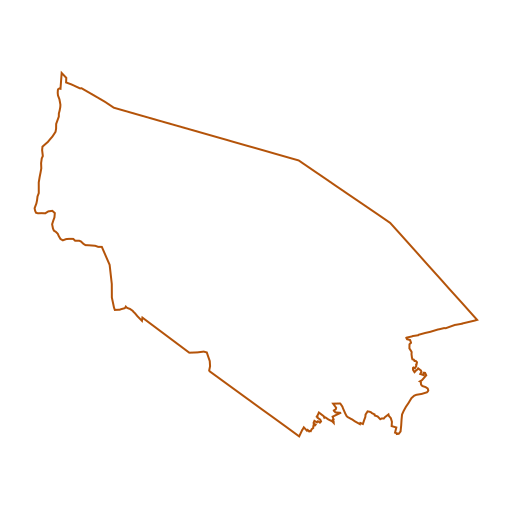 San Nicolás, Oaxaca, Mexico, rotated 91°
{"feature_id": "50627088B62304740302326", "entity_name": "San Nicolás", "entity_type": "district", "adm_level": 2, "iso_a3": "MEX", "parent_name": "Mexico", "parent_adm1": "Oaxaca", "projection": "mercator", "projection_center": [-96.736, 16.433], "detail": "fine", "context": "isolated", "style": "outline", "palette": "amber", "viewbox_px": 512, "rotation_deg": 91, "n_neighbors": 0, "source": "geoboundaries", "source_scale": "gbopen_adm2", "svg_char_len": 4102}
<svg xmlns="http://www.w3.org/2000/svg" viewBox="0 0 512 512"><g transform="rotate(91 256 256)"><path d="M76.4,453.5L92.2,454.4L91.9,455.5L92.8,456.8L93.7,457.0L96.4,457.1L98.9,456.8L102.7,455.3L105.1,454.8L108.2,454.2L110.6,454.3L114.1,454.9L116.9,455.6L120.1,455.6L124.2,457.0L127.4,458.1L132.2,458.1L135.3,458.6L137.4,459.9L140.2,461.7L142.8,463.9L145.6,466.1L148.1,468.9L150.4,471.4L153.8,471.7L158.2,471.1L159.8,470.9L162.1,471.9L166.9,472.5L172.1,472.2L176.4,472.9L180.8,473.7L186.2,474.5L191.4,474.4L196.9,474.3L200.3,475.5L204.2,475.9L207.3,476.5L210.4,477.6L212.1,478.2L214.7,477.6L216.6,476.7L217.1,474.8L216.9,471.0L217.0,467.5L215.0,464.4L214.4,460.4L216.6,457.9L220.9,458.2L224.1,459.3L227.8,460.4L232.0,459.5L234.2,458.5L235.3,456.6L237.2,454.6L239.4,453.6L242.4,451.8L243.7,449.4L242.4,446.1L242.1,443.0L242.1,439.0L243.9,437.1L243.8,433.1L244.5,431.3L246.9,428.7L248.1,426.7L248.2,423.2L248.4,419.9L248.6,416.9L249.6,414.0L249.6,410.3L267.4,402.2L286.5,399.7L300.0,399.4L310.0,397.1L312.4,396.2L312.2,393.6L312.1,391.4L311.5,389.9L310.5,386.4L309.9,385.8L308.9,385.3L309.8,384.5L310.5,383.0L311.1,381.1L313.0,378.3L313.8,377.7L315.0,376.4L315.6,375.8L318.3,373.5L322.8,368.9L319.6,368.5L353.8,321.1L353.8,320.1L353.4,312.9L352.5,306.6L353.3,303.5L356.7,302.3L361.9,300.4L367.0,300.0L371.1,300.8L371.4,300.8L372.2,300.2L385.6,281.1L409.3,247.3L416.0,237.6L426.2,223.0L435.6,209.7L431.2,207.7L429.0,206.7L428.9,206.5L426.5,205.2L429.8,202.0L429.0,201.3L430.5,199.8L430.0,199.1L430.2,198.2L428.3,197.4L427.0,195.8L425.1,195.7L424.3,195.5L424.4,195.2L424.2,194.6L424.4,194.2L423.6,193.5L422.4,195.4L421.8,195.5L419.8,194.7L421.3,192.2L420.2,191.4L420.2,191.1L421.5,189.2L420.3,188.1L418.5,188.9L416.5,191.8L415.8,191.7L415.5,192.4L413.8,191.4L411.4,190.4L415.0,185.5L416.3,185.0L416.5,184.9L416.0,184.3L416.4,183.4L418.1,180.9L420.0,176.9L421.5,175.4L420.1,175.5L418.4,176.3L418.0,175.6L415.3,176.6L411.5,169.0L411.3,169.1L411.0,173.8L409.4,175.4L409.1,175.5L407.9,173.6L406.4,173.2L402.3,176.3L402.0,169.6L402.0,169.3L402.4,168.9L404.5,167.4L405.3,166.9L406.5,166.5L411.7,164.1L412.3,163.8L414.5,162.6L415.3,161.7L415.7,161.1L416.4,159.6L416.6,159.3L417.0,158.6L417.8,156.9L419.5,154.4L422.3,149.2L421.8,149.1L421.1,148.8L422.1,146.2L418.2,145.0L415.1,143.9L414.1,143.8L412.6,143.7L409.4,141.7L409.8,139.5L410.3,138.2L411.1,137.4L412.3,134.7L413.4,134.5L414.3,131.6L417.0,128.9L416.2,127.3L416.3,125.4L415.0,124.4L412.1,120.8L413.5,120.4L415.7,118.4L419.4,117.2L423.7,117.4L425.0,112.7L430.2,113.9L430.3,113.6L430.9,111.8L431.5,111.9L431.3,110.2L428.9,108.4L424.3,108.0L423.2,107.9L416.8,107.6L411.9,107.2L408.2,105.6L404.2,103.5L400.4,101.0L395.4,98.1L392.9,95.4L392.0,93.3L391.0,87.9L389.6,83.6L389.3,82.7L388.3,81.8L387.3,81.4L385.5,82.0L384.1,84.2L383.6,85.8L383.1,87.4L381.7,88.7L380.5,88.9L379.4,88.9L378.7,89.5L378.5,89.9L377.3,87.9L372.3,83.7L369.9,84.9L369.8,85.5L369.8,86.3L370.6,86.5L370.9,86.3L372.2,86.3L371.1,89.7L368.9,88.6L367.6,89.1L365.5,91.9L366.7,92.7L368.0,94.4L368.6,94.7L369.4,95.5L367.1,97.0L365.9,97.1L365.0,97.0L364.7,96.5L365.5,95.2L363.4,93.9L361.8,94.0L361.7,93.6L359.4,93.2L358.1,94.5L358.2,95.7L356.9,96.4L356.6,97.8L354.9,98.3L351.4,98.8L349.5,98.7L349.1,98.8L348.9,98.9L345.7,101.0L341.7,101.0L341.3,100.8L340.1,99.5L339.9,99.5L337.3,100.5L337.2,100.8L336.6,103.5L335.2,104.3L335.0,104.1L333.7,98.7L333.3,97.9L332.4,92.4L331.9,92.0L330.0,85.5L328.8,80.5L328.6,79.9L326.2,72.5L326.2,72.2L325.9,70.9L324.8,66.7L324.9,65.1L321.4,55.8L321.4,55.4L320.1,48.7L319.9,48.6L316.8,36.4L316.0,33.8L306.0,43.1L302.6,46.2L296.5,51.9L285.3,62.4L275.7,71.2L269.4,77.1L259.3,86.5L253.1,92.2L246.6,98.2L231.4,112.3L220.6,122.4L211.9,135.5L192.2,165.6L184.0,178.1L176.7,189.1L170.3,198.9L162.8,210.3L160.4,213.9L159.7,215.0L157.7,222.6L153.3,239.1L151.1,247.2L147.8,259.6L145.7,267.7L144.1,273.7L142.4,280.1L141.5,283.4L140.5,287.0L137.3,299.1L133.3,314.1L122.5,354.8L116.3,378.0L112.9,390.7L110.2,400.8L108.7,403.1L104.3,410.0L99.5,418.6L91.3,433.4L91.5,434.8L91.1,435.8L87.6,443.7L85.8,448.9L81.2,448.8L76.4,453.5Z" fill="none" stroke="#b45309" stroke-width="2"/></g></svg>